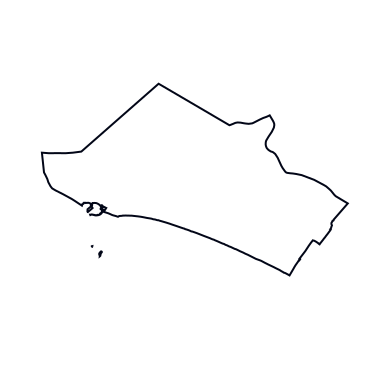 Singhanakhon, Songkhla, Thailand, rotated 140°
{"feature_id": "78962969B74412362981694", "entity_name": "Singhanakhon", "entity_type": "district", "adm_level": 2, "iso_a3": "THA", "parent_name": "Thailand", "parent_adm1": "Songkhla", "projection": "mercator", "projection_center": [100.522, 7.273], "detail": "fine", "context": "isolated", "style": "outline", "palette": "ink", "viewbox_px": 384, "rotation_deg": 140, "n_neighbors": 0, "source": "geoboundaries", "source_scale": "gbopen_adm2", "svg_char_len": 5524}
<svg xmlns="http://www.w3.org/2000/svg" viewBox="0 0 384 384"><g transform="rotate(140 192 192)"><path d="M148.0,296.4L250.8,294.1L258.0,298.7L263.8,302.9L270.5,308.6L276.7,313.7L281.7,318.6L292.8,302.1L293.4,299.2L294.5,294.9L295.8,291.8L296.7,287.3L296.8,284.7L296.4,283.5L295.5,280.9L292.2,273.2L288.5,263.7L287.5,260.5L285.1,252.3L283.9,253.1L283.7,252.9L283.0,252.8L282.9,252.8L282.8,253.0L282.5,253.2L281.6,253.2L281.1,252.5L280.9,252.4L280.7,252.1L280.4,252.1L279.7,251.3L279.3,251.1L279.0,250.8L278.8,250.7L278.6,250.6L278.3,250.3L277.9,249.8L277.6,249.2L277.3,248.7L277.2,248.1L277.3,247.9L278.6,246.0L278.8,245.9L283.1,245.9L284.6,244.3L284.7,243.9L284.3,243.8L284.3,243.6L278.7,243.6L278.7,243.8L278.4,243.9L278.4,245.4L277.9,245.5L277.6,245.6L277.2,245.9L275.8,247.3L275.7,247.4L275.3,247.5L275.2,247.4L274.9,247.1L274.1,246.6L273.2,245.8L272.8,245.4L272.3,244.8L272.1,244.4L271.6,243.3L271.4,242.7L271.3,242.3L271.1,241.4L271.1,240.5L271.1,240.0L271.1,239.4L271.1,239.2L270.8,239.0L270.7,239.0L270.5,239.3L270.4,239.4L270.4,239.5L270.4,239.8L270.3,240.0L270.1,240.1L269.8,240.0L269.6,239.9L269.4,239.5L269.4,238.9L269.5,238.7L270.1,238.8L270.3,238.8L270.4,238.7L270.9,238.7L271.0,238.6L271.1,238.4L271.3,238.4L271.5,238.3L272.1,238.3L272.4,238.0L272.6,237.9L272.8,237.9L273.0,237.6L272.9,237.4L272.8,237.2L272.6,236.7L272.5,236.4L272.2,236.4L271.8,236.3L271.7,236.5L271.7,237.1L271.5,237.3L269.4,237.9L269.1,237.4L269.2,237.0L269.1,236.9L268.8,236.8L268.3,235.6L268.4,235.3L268.3,235.2L268.1,235.1L268.0,234.9L271.2,233.9L271.4,234.1L271.9,234.6L272.0,234.8L272.0,235.1L271.8,235.2L271.7,235.2L271.4,235.0L271.2,235.1L271.4,235.4L271.6,235.5L272.2,235.3L272.3,235.3L272.7,235.5L272.9,235.5L273.1,235.5L273.3,235.2L273.7,234.9L274.1,234.6L274.5,234.5L274.8,234.4L275.0,234.4L275.9,234.6L276.3,234.5L277.3,234.3L277.6,234.3L278.2,234.4L278.8,234.8L278.9,235.1L279.0,235.2L279.2,235.3L279.8,235.4L280.6,236.0L280.9,236.4L282.9,238.9L283.4,239.4L283.9,239.7L284.5,239.9L284.6,240.0L284.7,239.7L284.3,239.6L283.8,239.4L283.3,239.1L282.8,238.6L281.8,237.2L281.0,236.1L280.0,235.3L278.5,234.4L278.1,234.2L276.6,233.8L276.3,233.8L275.9,233.8L274.9,233.9L273.2,234.4L272.9,234.2L272.6,233.8L271.4,232.0L269.8,229.5L268.8,227.5L268.0,225.8L267.4,224.8L265.7,222.4L264.7,220.7L264.4,220.5L263.3,220.4L262.9,220.2L261.0,218.8L260.0,218.3L259.4,217.7L258.4,217.0L253.4,212.6L249.1,208.1L247.0,205.8L245.1,203.5L243.2,201.1L240.4,197.9L239.9,197.2L239.4,196.3L238.5,195.2L238.1,194.9L236.9,193.0L236.3,192.3L235.9,192.0L235.1,190.6L234.4,189.6L232.6,186.9L231.4,185.1L229.5,182.1L228.5,180.4L227.9,179.4L225.7,175.8L223.0,171.3L222.5,170.5L222.1,169.8L221.5,169.0L221.3,168.7L221.2,168.2L221.1,167.9L220.9,167.7L220.2,166.7L219.0,164.7L218.3,163.3L217.9,162.3L217.1,161.4L214.8,157.5L211.0,150.5L207.9,145.0L207.2,143.5L206.6,142.4L206.1,141.7L205.8,141.2L205.5,140.4L204.6,138.7L204.0,137.5L202.4,134.2L201.8,133.0L201.5,132.5L200.9,131.7L200.3,130.0L199.7,129.0L199.4,128.5L199.1,127.8L198.8,127.0L198.4,126.2L197.7,125.1L196.8,123.1L196.3,122.0L195.8,120.9L195.2,120.1L194.4,118.4L193.3,115.8L191.6,112.4L191.1,111.1L190.3,109.4L189.7,108.3L186.5,100.8L186.1,99.8L184.0,96.2L183.2,94.7L181.6,90.7L180.8,88.9L180.4,87.9L177.7,82.0L176.7,79.6L175.0,75.8L174.9,75.4L174.6,74.5L174.4,73.7L174.0,72.9L173.8,72.4L173.6,71.3L173.3,71.0L172.6,69.8L171.3,66.5L170.9,65.4L167.5,66.6L165.8,67.2L163.3,68.1L161.8,68.7L161.4,68.8L160.0,69.3L155.1,70.6L154.7,70.8L154.0,71.0L153.8,70.6L152.4,71.0L152.6,71.8L143.2,73.9L136.9,75.8L133.8,76.6L130.5,77.3L130.4,77.1L130.3,76.8L129.8,76.3L129.6,75.9L129.2,74.9L128.7,73.5L128.5,72.5L127.9,70.8L127.9,70.7L128.1,70.6L127.9,69.9L126.9,70.2L121.6,71.3L121.1,71.5L119.6,71.7L117.2,72.3L115.1,72.7L114.9,72.8L113.5,73.1L113.2,73.2L112.7,73.3L112.3,73.4L111.9,73.5L111.4,73.6L110.9,73.7L110.5,73.8L110.3,74.1L109.8,74.2L109.9,74.6L109.6,74.6L109.2,74.7L108.9,74.9L108.7,75.0L108.3,75.2L108.0,75.5L107.8,75.6L107.3,75.9L106.2,76.5L106.0,77.2L105.8,77.9L105.6,78.1L105.0,78.7L104.7,78.8L104.1,79.0L103.0,79.5L102.8,79.6L102.3,79.3L102.1,79.2L101.7,79.3L101.2,79.7L101.1,79.8L100.9,79.8L80.0,83.1L84.6,96.4L84.8,98.5L84.7,103.8L85.0,106.2L85.6,110.0L86.4,112.3L90.6,122.8L97.1,134.4L100.5,138.7L102.8,141.3L104.6,143.1L106.8,145.5L107.3,146.4L107.5,147.6L107.4,149.2L107.3,150.4L107.2,151.9L106.7,154.7L104.8,161.6L104.5,162.5L104.3,163.6L103.9,166.8L103.8,167.7L103.9,168.1L104.3,170.2L104.8,171.3L105.4,172.1L105.7,172.8L106.3,174.8L106.4,175.3L106.5,177.2L106.4,178.0L106.3,178.3L105.8,179.7L105.1,180.9L104.9,181.2L103.4,182.8L102.4,183.5L102.1,183.7L97.8,185.2L92.2,186.8L88.8,188.3L87.9,188.7L86.6,189.8L86.3,190.0L85.6,190.8L85.2,191.4L85.0,191.8L84.5,193.3L84.2,194.6L83.2,200.8L85.3,201.3L87.2,201.9L89.8,202.9L93.5,203.9L97.0,204.7L100.5,205.5L101.8,205.9L103.2,206.8L104.8,207.8L107.1,210.2L108.4,211.7L110.2,213.9L112.3,215.9L113.3,216.5L114.4,217.1L115.7,217.5L116.8,217.8L117.9,218.2L119.2,218.6L120.4,219.1L148.0,296.4ZM303.8,202.0L303.2,202.1L302.8,202.5L302.3,202.8L302.0,203.1L301.5,203.4L301.2,203.6L300.9,203.6L300.0,203.8L299.7,203.9L299.5,204.3L299.6,204.7L299.7,204.8L299.9,205.0L300.1,205.0L300.4,204.9L301.0,204.9L301.3,204.9L301.6,204.8L301.9,204.7L302.1,204.7L302.7,204.4L302.9,204.2L303.3,203.6L303.5,202.9L303.6,202.7L303.9,202.1L304.0,202.0L303.8,202.0ZM303.6,214.9L303.7,214.6L303.6,214.4L303.6,214.1L303.1,213.8L303.3,213.9L303.3,214.0L303.2,214.2L303.0,214.5L303.3,214.6L303.4,214.8L303.5,214.9L303.6,214.9Z" fill="none" stroke="#020617" stroke-width="2"/></g></svg>